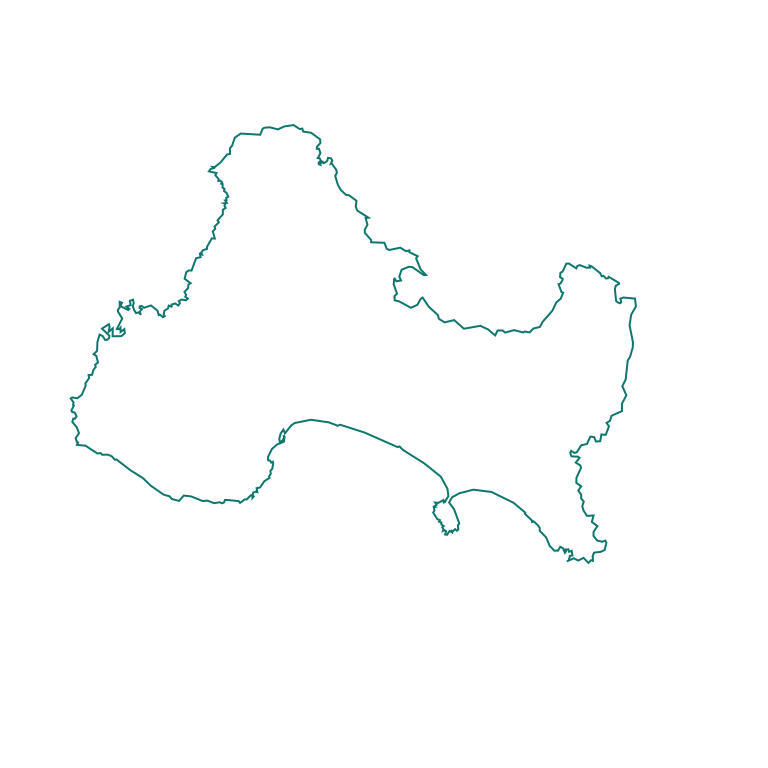 Pangandaran, Jawa Barat, Indonesia (Mercator projection), rotated 29°
{"feature_id": "22746128B59857718615465", "entity_name": "Pangandaran", "entity_type": "district", "adm_level": 2, "iso_a3": "IDN", "parent_name": "Indonesia", "parent_adm1": "Jawa Barat", "projection": "mercator", "projection_center": [108.519, -7.64], "detail": "fine", "context": "isolated", "style": "outline", "palette": "teal", "viewbox_px": 768, "rotation_deg": 29, "n_neighbors": 0, "source": "geoboundaries", "source_scale": "gbopen_adm2", "svg_char_len": 6165}
<svg xmlns="http://www.w3.org/2000/svg" viewBox="0 0 768 768"><g transform="rotate(29 384 384)"><path d="M247.0,232.1L240.5,225.7L240.4,222.0L238.3,219.8L231.4,216.5L230.7,217.3L230.4,213.5L228.2,212.3L225.4,213.4L226.2,216.4L225.2,218.6L223.9,220.3L222.6,219.4L221.2,222.2L222.1,223.1L220.4,223.4L219.6,222.0L220.6,219.3L218.2,217.8L216.6,218.5L216.5,212.9L213.1,209.8L211.3,210.9L210.4,209.2L211.5,204.0L209.5,201.0L198.4,199.6L191.0,202.4L188.7,200.2L186.7,201.9L179.3,201.4L172.0,207.0L167.7,212.8L159.8,214.8L155.2,217.8L154.1,219.6L154.9,226.0L137.3,234.4L134.1,240.8L135.6,249.1L135.0,252.7L137.8,257.4L135.5,259.3L133.6,269.5L130.9,276.2L128.7,277.3L130.4,277.8L128.1,280.1L127.8,282.9L135.2,280.7L135.2,283.1L139.9,284.9L140.7,286.7L142.2,285.5L144.5,286.0L144.5,287.7L146.0,287.4L147.6,290.5L149.9,290.7L150.5,292.8L153.4,293.1L157.0,295.7L155.7,297.6L157.2,299.6L156.0,300.5L158.7,301.8L156.5,303.5L157.9,303.3L158.1,305.5L160.1,306.7L158.6,309.8L160.8,313.7L159.1,321.6L161.2,322.6L159.5,328.4L161.1,330.2L160.3,333.5L165.5,338.8L162.8,340.1L162.7,349.9L163.7,351.7L160.9,354.6L160.4,357.7L162.1,359.0L160.0,359.4L162.1,362.0L158.7,365.1L160.7,378.1L158.3,379.2L156.8,382.0L158.6,388.6L166.0,389.6L164.7,391.8L166.2,395.2L164.8,400.1L167.8,402.0L167.9,404.1L171.1,404.4L170.3,406.7L166.0,408.3L164.3,410.9L166.4,412.4L166.0,415.1L162.3,414.8L159.8,417.4L159.9,418.8L161.4,419.3L157.7,419.8L158.5,422.7L156.4,426.3L157.5,429.9L159.3,430.9L158.3,432.7L154.2,432.0L153.6,432.9L150.2,429.6L142.1,428.3L137.3,433.5L134.0,433.3L132.7,434.6L133.4,436.0L135.9,435.8L135.3,439.2L137.8,441.3L134.6,440.4L132.6,442.2L129.9,440.6L126.7,437.9L125.9,434.6L123.6,431.9L121.4,434.5L124.2,437.8L121.2,441.1L124.9,441.8L124.4,443.3L116.9,443.6L115.7,443.0L115.4,440.0L113.0,440.3L115.7,445.0L115.3,448.1L116.3,449.7L123.3,453.6L123.7,465.5L125.9,464.3L126.2,462.5L128.4,466.2L130.3,461.9L132.7,465.3L131.0,469.6L123.5,473.8L119.8,466.9L117.9,471.9L116.2,466.9L114.4,465.1L110.5,472.3L120.4,474.9L121.3,477.0L120.6,479.4L118.8,480.7L114.8,478.5L111.3,478.7L113.0,486.2L117.0,494.1L115.6,498.7L118.7,498.9L123.4,503.8L122.0,507.3L123.6,508.8L123.0,512.4L124.2,517.5L121.3,519.4L123.2,521.8L122.6,528.3L123.9,530.3L125.0,539.8L122.7,545.2L118.0,546.8L117.0,548.5L121.5,550.7L122.1,553.0L123.2,553.2L123.4,558.6L124.9,559.7L127.4,558.9L130.9,561.4L130.4,564.4L129.0,564.9L129.8,568.3L136.4,570.9L141.1,574.9L140.6,580.9L143.8,583.8L144.8,583.5L145.0,586.1L152.8,582.7L167.0,583.7L169.7,581.8L171.8,582.5L176.6,579.7L180.9,579.2L185.4,580.7L186.5,579.7L204.3,582.4L218.9,583.2L229.1,586.0L245.0,587.6L250.8,586.2L254.2,587.4L261.4,585.6L263.0,578.6L269.9,575.8L282.3,574.3L286.0,571.6L293.2,570.6L297.5,567.2L300.3,566.8L301.5,565.1L301.1,562.6L302.5,561.7L313.7,556.9L315.7,557.8L318.2,552.4L319.8,551.6L321.5,545.8L323.4,545.9L324.2,547.4L324.6,545.6L322.7,544.4L322.3,542.4L323.7,540.4L325.7,540.0L323.1,536.9L325.7,534.7L326.5,526.9L329.4,521.6L328.3,520.7L328.5,517.3L326.8,515.3L327.4,512.2L325.5,507.0L324.5,505.9L323.5,507.4L321.4,506.2L319.7,506.9L317.9,504.1L317.5,495.0L319.7,489.0L324.4,483.0L322.7,478.5L321.0,477.4L322.6,479.4L322.6,482.9L321.0,485.2L319.0,482.8L317.6,477.5L318.1,472.6L321.3,475.2L322.8,465.6L324.8,461.4L337.6,450.6L354.4,444.3L363.9,442.9L365.4,440.9L390.4,435.9L426.5,432.6L427.9,431.1L432.6,432.5L457.6,433.9L478.6,437.5L490.2,444.8L494.7,450.9L494.4,457.8L493.8,458.6L492.2,456.7L489.1,461.7L486.2,462.9L488.6,464.2L487.4,466.4L488.4,466.6L487.1,467.4L489.5,470.2L489.3,472.5L496.0,476.3L498.9,476.0L498.9,477.7L501.3,477.3L502.3,479.0L505.1,479.3L504.5,481.2L506.4,482.2L506.8,484.0L507.9,482.5L509.7,482.6L510.4,486.0L512.3,485.3L512.6,480.7L515.5,480.8L514.7,479.6L515.7,479.6L516.5,476.5L518.9,477.0L519.6,475.4L517.1,471.7L517.5,469.5L505.9,459.5L498.4,456.1L498.4,450.2L502.9,443.0L513.4,433.1L530.4,426.3L555.0,425.1L569.9,428.0L570.2,429.2L579.7,431.7L580.5,432.9L581.4,431.6L586.9,432.9L590.0,434.4L591.5,437.0L600.1,439.5L607.3,445.2L613.9,447.2L616.5,445.5L616.9,446.3L617.1,440.9L620.2,440.9L624.1,443.9L624.3,441.8L622.9,440.8L625.4,439.2L627.2,441.0L629.0,438.9L631.9,442.6L629.9,444.2L631.1,448.7L629.9,450.5L634.5,444.4L639.4,444.3L642.8,439.3L649.5,441.4L650.5,437.8L652.5,437.4L649.8,433.0L649.6,429.5L654.7,425.9L657.5,422.3L655.4,414.9L653.5,413.7L651.3,416.2L646.2,417.6L640.8,415.2L639.0,411.7L639.5,404.8L632.7,403.9L631.0,397.4L625.5,400.9L620.1,398.1L616.7,394.9L615.7,390.0L611.7,388.4L610.3,385.3L605.6,383.0L606.0,377.9L600.1,377.2L597.8,372.7L597.0,361.8L595.1,360.0L589.8,359.8L590.8,353.8L589.0,353.5L583.0,356.4L580.2,353.8L580.1,351.8L584.1,351.9L585.7,350.2L586.2,342.0L590.6,338.1L590.0,329.9L593.7,328.6L597.2,331.6L600.8,329.2L598.6,322.7L602.6,321.0L601.3,311.9L597.5,310.1L599.5,306.7L598.4,301.5L605.3,292.3L601.6,285.8L601.5,276.4L593.5,270.4L593.2,262.9L585.8,245.3L586.0,240.7L583.8,231.3L581.5,226.8L570.3,213.6L566.6,203.6L566.7,194.0L562.1,187.6L551.5,192.3L549.4,194.8L551.9,197.5L551.4,198.9L548.8,199.3L546.7,198.8L539.9,189.0L539.1,185.7L541.1,182.5L540.4,181.7L528.6,181.3L528.5,183.2L526.9,184.1L523.5,183.0L522.2,184.2L519.2,182.2L508.5,180.4L506.4,180.8L507.8,182.3L504.6,184.2L497.6,185.1L495.9,187.1L496.1,189.6L487.2,189.0L485.1,190.4L485.7,199.1L484.4,201.1L486.1,205.1L489.4,205.4L489.8,206.6L489.6,210.6L488.3,212.1L494.6,217.5L496.4,217.3L497.2,223.6L495.2,229.1L495.7,238.5L492.6,252.6L492.7,258.5L487.8,263.0L486.3,268.3L481.6,269.9L480.8,271.4L471.7,273.8L465.0,280.3L461.9,279.7L457.4,282.1L457.7,287.6L448.4,285.8L440.1,286.4L427.1,296.9L414.4,294.1L407.1,300.7L400.3,300.4L397.9,297.6L385.7,294.7L375.9,289.7L374.8,291.9L374.8,298.6L370.6,304.3L357.1,304.4L352.8,305.7L350.6,302.1L351.6,298.7L344.2,292.2L342.0,287.4L342.3,286.6L345.0,288.2L348.7,285.2L345.4,282.8L344.0,275.6L348.8,269.5L352.2,268.0L366.1,269.5L367.9,268.3L360.5,266.0L351.2,258.6L351.5,255.9L342.3,256.4L341.5,254.8L338.9,257.2L332.1,256.9L323.7,264.2L320.7,264.3L315.9,260.3L304.0,266.3L303.0,264.3L294.0,261.1L292.4,258.5L292.3,252.7L287.5,247.8L289.8,246.1L276.7,245.3L273.4,242.7L271.1,237.1L261.9,235.9L259.0,237.0L252.3,235.3L247.0,232.1Z" fill="none" stroke="#0f766e" stroke-width="2"/></g></svg>